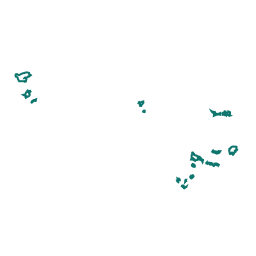 the district of Ongjin-gun, Gyeonggi, South Korea, rotated 354°
{"feature_id": "91817680B43125449030549", "entity_name": "Ongjin-gun", "entity_type": "district", "adm_level": 2, "iso_a3": "KOR", "parent_name": "South Korea", "parent_adm1": "Gyeonggi", "projection": "robinson", "projection_center": [125.875, 37.5], "detail": "fine", "context": "isolated", "style": "outline", "palette": "teal", "viewbox_px": 256, "rotation_deg": 354, "n_neighbors": 0, "source": "geoboundaries", "source_scale": "gbopen_adm2", "svg_char_len": 5934}
<svg xmlns="http://www.w3.org/2000/svg" viewBox="0 0 256 256"><g transform="rotate(354 128 128)"><path d="M35.3,64.1L35.3,62.8L34.8,62.6L33.0,62.1L31.8,62.1L30.9,62.5L29.0,62.6L25.1,64.0L24.6,63.8L23.2,62.8L22.0,62.9L21.7,63.5L21.8,65.2L22.5,65.3L23.4,66.1L23.6,67.7L24.7,70.2L26.3,70.2L28.9,70.6L29.7,70.5L30.1,71.2L30.7,71.2L31.4,71.0L31.5,70.3L32.0,69.0L31.8,68.3L31.5,68.0L30.9,67.6L30.2,67.6L30.5,67.2L31.8,67.0L32.6,67.3L33.1,67.2L33.5,67.0L34.0,66.3L34.7,66.1L35.3,66.4L35.6,66.1L35.4,65.6L35.6,65.3L36.5,65.5L36.9,65.3L36.6,64.9L35.8,64.6L35.3,64.1ZM231.1,157.7L230.7,157.3L229.1,157.6L228.7,157.8L228.3,158.5L227.9,158.7L226.8,159.1L226.9,160.1L226.2,160.6L226.6,164.4L227.3,164.6L227.8,163.7L228.3,163.3L229.1,163.3L229.7,163.8L228.9,164.6L229.6,165.6L230.6,164.7L230.9,164.2L231.0,163.7L232.4,162.9L232.3,162.5L231.7,162.1L231.8,161.8L232.7,161.8L232.9,161.1L233.5,161.0L233.9,161.4L234.3,160.9L233.6,159.7L234.0,158.2L233.3,157.7L231.1,157.7ZM190.4,159.8L189.9,159.1L189.4,159.2L189.5,159.6L189.1,160.6L188.7,161.0L188.7,161.6L188.2,162.7L188.4,164.0L187.5,165.9L188.2,165.9L188.8,164.8L189.4,164.7L189.7,165.4L189.3,166.0L189.9,166.0L190.3,165.8L190.8,165.9L191.1,166.5L191.1,167.0L190.4,167.1L191.3,167.7L191.8,167.2L194.0,167.0L194.4,166.5L194.0,166.1L194.3,165.6L194.7,165.6L195.1,166.0L195.6,165.2L196.3,164.8L195.4,163.7L194.0,163.7L193.9,163.1L193.2,162.5L191.9,162.3L191.5,162.0L191.2,161.1L190.6,161.2L190.4,159.8ZM32.4,80.9L32.1,80.3L31.8,80.5L32.0,81.2L31.7,81.4L30.3,82.0L29.4,83.8L28.8,84.4L27.9,84.0L27.3,84.1L27.9,84.5L28.1,84.7L28.4,84.7L28.9,85.2L29.6,85.0L29.9,85.7L29.3,86.7L29.5,87.3L30.1,87.0L29.8,86.6L30.1,86.2L30.9,86.0L32.0,86.3L32.5,86.1L32.9,85.9L33.6,85.1L33.8,84.1L33.7,83.8L33.2,83.5L33.0,82.7L34.2,81.8L34.7,81.8L34.8,81.6L34.0,81.1L34.1,80.9L32.4,80.9ZM213.5,160.7L210.4,159.7L210.2,159.2L209.9,159.4L209.9,160.2L209.3,160.5L209.6,160.9L210.1,160.7L211.2,161.6L212.3,162.0L213.5,162.7L214.3,162.7L215.8,162.4L216.5,161.9L217.4,160.7L215.8,160.4L215.5,161.4L214.2,160.8L213.5,160.7ZM231.1,124.0L231.1,123.0L230.6,122.9L230.3,122.4L229.8,122.1L229.4,122.0L229.4,122.5L228.9,123.0L226.7,124.5L226.3,125.5L226.8,125.6L227.1,125.8L227.2,126.0L228.3,125.2L230.0,126.0L230.1,126.5L230.9,126.3L230.5,126.1L230.8,125.1L230.5,124.8L230.4,124.5L230.5,124.2L230.9,124.2L231.1,124.0ZM214.7,120.8L213.2,120.3L212.7,119.9L212.9,120.4L213.5,121.2L213.8,121.3L214.4,122.0L214.8,122.2L215.0,122.6L215.1,123.1L214.7,124.8L215.6,124.4L215.6,124.0L216.0,123.7L216.1,124.2L216.4,124.4L217.6,124.0L218.2,123.9L218.8,124.1L219.4,123.9L220.9,124.4L221.2,122.8L219.4,123.4L218.7,123.3L217.8,123.2L216.6,122.8L216.0,121.1L215.1,121.2L214.7,120.8ZM144.8,103.3L144.1,103.7L143.7,103.7L142.7,103.9L141.9,103.3L141.5,103.5L141.6,104.0L141.4,104.2L141.9,104.3L142.5,105.5L142.4,105.7L142.1,105.9L142.3,106.7L142.3,107.2L143.3,107.4L143.3,107.1L144.4,106.1L145.2,105.3L145.6,104.7L145.9,104.5L146.0,104.4L145.7,103.7L145.8,103.3L145.1,103.5L144.8,103.3ZM187.6,181.8L187.2,181.7L186.4,182.0L185.7,182.0L184.8,182.9L184.8,183.1L185.7,182.9L186.1,183.0L186.2,183.3L186.0,183.8L185.4,183.4L185.2,184.3L185.5,184.7L185.9,184.8L186.3,184.6L186.9,184.1L187.7,183.6L188.0,183.2L188.2,182.8L187.6,182.2L187.6,181.8ZM189.8,171.6L189.8,171.2L188.6,170.5L188.0,171.1L188.3,171.4L187.7,171.7L187.6,172.1L187.7,172.3L188.6,173.2L190.1,173.6L190.2,173.3L190.4,173.1L190.0,172.7L190.1,172.3L190.5,172.2L190.6,171.9L190.7,171.4L190.4,171.8L189.9,171.8L189.8,171.6ZM208.1,172.3L207.4,171.6L206.8,171.5L206.6,171.5L206.6,171.9L205.8,172.1L205.5,172.6L205.9,173.1L206.6,172.9L208.3,173.5L209.1,174.7L209.6,174.7L209.7,174.4L210.2,174.1L209.0,173.7L208.6,173.2L208.5,172.3L208.1,172.3ZM39.2,90.8L39.5,89.9L38.3,90.3L37.2,90.3L36.0,91.0L35.5,91.1L35.2,91.9L34.7,92.3L35.0,92.7L35.8,92.2L36.2,91.7L37.5,91.1L38.9,91.5L39.2,91.3L39.2,90.8ZM198.4,167.7L198.1,166.6L197.5,166.2L197.4,165.6L197.0,165.1L196.9,165.4L196.1,166.3L196.1,166.7L196.4,167.3L197.1,167.6L197.9,167.3L198.0,167.6L198.1,168.4L198.6,169.8L198.7,169.6L198.6,169.1L199.1,168.2L199.3,168.0L199.3,167.7L198.4,167.7ZM211.8,172.7L211.3,172.4L210.8,172.5L210.8,172.8L211.3,173.3L211.2,173.7L211.4,173.8L212.1,173.8L212.4,174.0L212.7,174.5L213.4,174.6L213.7,174.3L214.0,174.2L214.1,174.6L214.5,174.1L213.2,173.0L212.8,172.8L212.5,172.9L212.1,172.6L211.8,172.7ZM226.8,122.0L226.0,121.5L225.8,121.6L225.6,122.3L225.7,122.7L225.3,123.1L225.3,123.6L225.0,124.1L225.0,124.7L224.7,124.9L226.0,125.0L226.1,124.7L226.4,123.9L226.8,122.3L227.6,121.9L227.0,121.9L226.8,122.0ZM177.2,191.2L176.6,190.9L176.0,190.9L175.7,191.0L175.4,191.5L176.3,192.4L177.2,192.8L177.2,193.6L177.7,193.9L178.8,193.2L179.8,192.8L180.0,192.4L179.5,192.7L179.2,192.7L178.5,193.1L177.9,192.9L177.2,192.6L176.9,192.1L177.4,191.5L177.2,191.2ZM172.5,183.7L172.2,183.5L172.3,183.9L172.0,184.1L172.1,184.4L172.0,184.7L171.7,185.0L171.2,185.2L171.5,185.9L171.8,185.6L172.0,186.1L172.0,186.4L171.8,186.4L171.7,186.5L171.9,186.7L172.4,187.1L172.5,186.8L172.2,186.1L172.3,185.9L172.6,186.0L172.4,185.8L172.6,185.6L172.4,185.1L172.5,185.0L172.5,184.5L172.9,184.5L172.9,184.8L173.3,184.7L173.4,185.0L173.9,185.2L173.9,184.8L174.1,184.8L174.1,184.5L173.7,184.1L173.1,184.0L173.0,183.6L172.5,183.7ZM202.5,171.0L202.6,170.5L202.2,170.8L202.2,171.3L202.6,171.3L203.0,171.8L203.2,171.6L203.6,171.9L204.2,171.6L204.5,171.9L205.0,172.0L205.0,171.7L205.2,171.4L206.1,171.2L204.9,170.9L203.6,170.8L203.5,171.1L203.2,171.4L202.9,171.4L202.5,171.0ZM146.4,112.5L145.8,112.3L145.3,112.5L144.9,112.9L144.9,113.1L145.0,113.2L144.9,113.4L144.7,113.6L144.8,114.0L144.9,113.6L145.3,113.7L145.5,113.5L146.1,113.9L146.3,113.8L146.3,113.2L146.4,112.5ZM223.9,124.4L224.6,124.0L224.7,123.8L224.6,123.1L224.3,122.7L223.4,123.2L223.2,123.7L223.9,124.4ZM179.2,187.6L179.9,187.0L180.2,186.9L180.0,186.5L180.4,185.6L179.8,185.6L179.7,185.8L179.8,186.3L179.5,186.4L179.5,187.0L179.3,187.2L179.2,187.6Z" fill="none" stroke="#0f766e" stroke-width="2"/></g></svg>